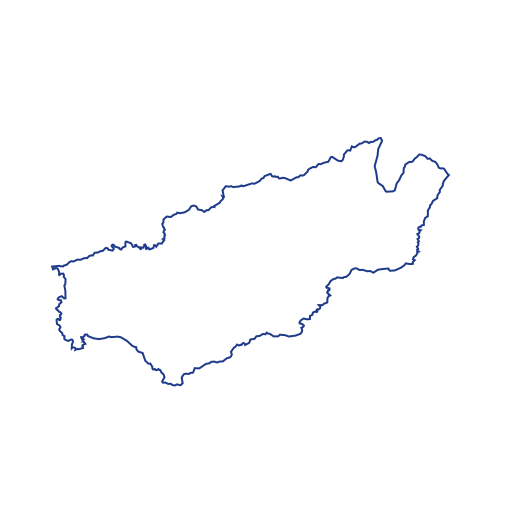 the district of Santi Suk, Nan, Thailand, rotated 331°
{"feature_id": "78962969B68845226908078", "entity_name": "Santi Suk", "entity_type": "district", "adm_level": 2, "iso_a3": "THA", "parent_name": "Thailand", "parent_adm1": "Nan", "projection": "albers", "projection_center": [100.939, 18.92], "detail": "fine", "context": "isolated", "style": "outline", "palette": "blue", "viewbox_px": 512, "rotation_deg": 331, "n_neighbors": 0, "source": "geoboundaries", "source_scale": "gbopen_adm2", "svg_char_len": 6065}
<svg xmlns="http://www.w3.org/2000/svg" viewBox="0 0 512 512"><g transform="rotate(331 256 256)"><path d="M369.6,205.8L364.9,208.6L360.4,207.3L357.2,207.1L355.2,205.9L351.3,207.3L349.0,205.8L344.9,205.6L343.3,205.9L342.2,207.1L337.2,208.5L335.6,208.2L334.0,207.0L331.3,207.6L329.5,206.8L323.0,206.8L319.2,202.0L317.8,200.8L314.2,199.7L313.6,199.0L313.6,197.3L311.7,196.4L311.1,195.3L309.8,195.2L308.6,193.7L308.7,191.6L308.2,191.1L302.2,190.3L300.3,191.4L298.5,191.0L295.5,192.2L289.9,192.1L287.5,190.5L279.5,189.0L277.8,188.3L277.6,187.3L275.2,187.1L269.5,184.7L268.2,183.0L266.1,182.3L263.3,180.3L258.5,182.5L256.6,188.5L255.6,187.4L255.6,189.1L254.6,190.1L251.3,191.0L250.1,191.9L244.1,192.0L243.6,192.8L243.2,192.1L242.4,192.4L240.5,191.7L236.6,192.9L235.0,192.0L232.2,192.4L230.9,189.7L227.7,187.1L227.9,184.4L227.2,182.9L225.7,181.6L223.6,181.1L219.5,183.1L214.8,183.2L210.4,181.8L208.2,179.9L206.7,180.6L204.2,180.1L200.4,180.6L197.0,178.2L192.8,179.2L191.3,181.7L189.5,182.6L188.9,186.1L189.3,186.7L188.9,187.7L189.1,188.8L187.6,189.3L186.5,190.6L186.9,191.9L186.7,193.5L185.9,193.6L184.7,195.9L183.1,196.0L183.8,196.7L183.3,197.9L182.4,197.9L179.7,199.5L176.7,197.7L173.3,199.5L173.1,197.9L172.1,197.1L170.2,199.2L166.3,198.7L165.7,198.1L166.0,196.6L165.1,196.3L163.6,196.8L163.2,196.1L164.6,194.3L164.6,192.1L163.7,192.0L162.5,193.5L161.4,194.0L159.3,192.6L159.2,194.0L158.4,194.1L157.8,191.6L156.7,190.0L156.6,188.2L155.8,187.9L155.8,188.8L154.9,189.1L152.9,188.5L152.9,184.3L149.5,180.4L148.5,180.6L146.4,184.3L143.5,183.9L141.2,185.0L140.2,183.8L140.3,182.7L137.1,179.2L136.9,177.1L136.1,176.6L135.1,176.7L134.5,177.6L135.2,179.9L135.0,180.9L133.1,181.7L129.9,178.9L130.1,177.6L128.7,176.1L124.2,177.2L122.4,176.4L119.3,176.3L116.4,174.9L113.5,176.5L112.4,175.6L109.7,175.2L107.3,176.0L104.7,174.6L100.9,174.3L98.0,172.6L93.6,172.3L92.0,171.0L90.1,170.9L86.1,171.9L83.3,171.2L82.5,171.7L80.1,170.3L79.3,169.3L72.6,166.4L72.0,169.3L74.1,169.3L76.1,170.3L76.5,171.1L75.9,175.3L74.8,176.5L74.7,177.3L76.7,177.0L78.8,177.9L78.9,179.4L77.8,180.8L78.2,184.0L75.5,188.2L74.0,189.0L72.3,194.2L68.9,200.6L67.7,200.2L66.6,196.9L63.3,196.6L61.6,197.5L62.2,199.1L64.0,200.2L63.5,202.1L60.4,202.8L59.4,204.4L55.7,204.8L55.7,206.3L56.4,207.0L56.5,209.0L57.5,210.1L57.9,211.9L57.2,212.6L55.9,212.6L55.1,214.0L55.3,215.4L53.8,216.9L52.9,216.8L52.8,215.4L52.1,214.9L50.8,215.0L50.1,216.1L49.0,219.1L50.4,221.4L50.6,222.9L50.3,223.7L48.4,224.6L48.1,225.4L48.3,227.5L49.2,229.1L48.5,231.3L49.7,233.4L48.2,235.2L48.6,236.9L50.8,239.4L53.6,239.3L54.8,240.3L54.3,242.4L52.2,244.0L50.2,247.3L51.4,246.9L53.1,248.4L53.2,249.9L52.6,250.5L54.8,250.6L55.2,251.4L60.0,252.6L60.2,251.4L60.7,251.2L60.5,250.6L61.3,249.8L64.1,250.1L63.8,247.2L62.9,246.8L63.6,246.2L63.5,245.0L64.8,245.1L63.5,242.8L63.8,242.2L65.2,243.3L66.4,242.7L67.1,242.9L68.2,241.8L70.3,242.9L70.3,244.7L74.0,249.2L78.3,252.5L83.4,254.4L88.5,255.2L90.1,256.8L96.0,259.5L98.3,261.4L102.0,267.7L104.2,274.4L105.9,276.9L107.0,277.6L106.2,279.7L106.6,282.4L109.8,285.9L108.4,293.9L109.7,298.0L111.4,298.9L111.6,302.6L110.9,303.9L110.9,305.2L112.8,305.9L112.8,306.9L113.8,307.7L115.9,307.6L116.2,308.8L117.0,309.4L116.8,312.1L117.7,314.4L117.2,317.7L113.1,320.2L113.0,321.5L115.4,322.8L117.2,325.3L119.6,326.5L120.2,328.2L121.4,329.3L122.7,330.0L124.5,329.9L127.3,332.4L130.1,331.8L132.1,326.3L135.3,324.5L137.2,324.7L140.2,326.7L142.1,326.4L143.9,327.4L144.8,327.2L148.0,324.4L151.9,326.8L159.8,326.1L163.5,327.3L165.4,326.8L168.4,328.2L170.4,330.3L172.7,330.6L175.9,332.1L180.9,331.3L184.1,332.0L185.4,331.7L187.2,330.3L187.6,327.7L192.1,325.5L194.3,325.3L196.5,324.3L197.8,326.1L199.4,326.1L200.1,326.8L202.6,325.8L203.7,327.2L203.4,328.6L208.1,328.6L210.5,326.3L214.6,327.7L217.4,326.4L220.2,327.6L224.3,327.6L226.4,329.1L228.1,328.2L228.9,329.7L230.5,331.0L232.5,334.9L236.5,337.0L238.7,336.4L243.0,339.3L245.8,342.4L252.0,344.8L257.3,345.6L259.7,344.3L260.7,342.6L260.8,340.8L263.2,340.8L264.2,339.9L263.3,337.7L261.5,336.1L262.0,335.0L264.4,333.9L267.4,333.8L269.9,336.1L272.6,337.3L274.1,334.7L277.0,334.7L278.3,333.0L280.9,333.4L282.1,334.5L282.7,334.1L282.1,333.2L282.9,332.5L283.8,332.3L284.4,333.0L286.5,332.9L287.7,331.5L287.2,329.4L290.3,331.2L292.3,330.7L295.8,331.2L298.3,327.2L300.8,326.3L301.8,326.5L301.5,325.3L300.8,325.0L301.0,323.7L300.5,322.5L302.5,321.0L303.1,321.4L303.3,320.8L304.0,321.0L304.6,320.0L302.3,317.8L302.4,317.0L306.3,315.8L309.1,314.0L313.0,313.7L314.5,314.4L316.5,314.0L321.3,317.4L322.7,317.1L325.0,318.0L329.4,316.9L332.8,314.5L336.1,314.6L338.0,315.6L339.8,318.5L342.6,319.8L345.9,323.3L348.5,324.4L350.6,327.5L355.5,327.1L357.8,327.7L365.7,331.1L365.7,333.2L366.1,333.9L370.3,335.9L377.0,336.5L381.3,336.0L383.4,335.1L387.0,337.9L389.4,338.9L390.1,337.4L392.8,336.6L391.7,335.0L393.2,333.5L396.3,333.1L398.6,331.6L398.9,330.7L400.4,331.0L399.8,329.9L399.9,328.6L401.3,328.5L401.2,325.8L402.8,325.5L404.2,323.8L404.1,322.5L405.6,322.1L405.5,319.5L407.1,319.4L408.3,318.0L407.7,315.1L410.2,315.0L410.9,313.7L412.5,313.3L410.9,312.0L411.3,310.4L412.8,309.7L414.1,310.4L415.6,309.5L417.8,310.3L419.6,307.1L422.3,304.8L425.6,304.5L428.4,299.5L431.8,297.6L432.8,296.1L434.3,295.8L437.6,293.6L442.5,293.3L444.2,290.9L447.9,289.1L448.6,287.4L453.7,284.9L454.2,283.6L457.0,281.3L463.9,278.7L463.2,276.5L462.9,271.5L462.4,270.3L459.8,268.8L458.7,267.4L459.0,263.8L458.5,260.7L456.2,258.1L455.3,254.9L453.3,254.3L452.4,250.6L449.5,247.3L447.8,246.4L444.3,247.6L442.3,247.7L439.0,249.2L437.7,249.2L435.6,248.0L430.7,248.5L429.8,249.9L427.9,250.8L425.3,254.8L422.3,255.9L417.9,259.1L414.3,260.7L409.2,265.9L407.0,265.8L401.2,263.0L400.8,262.1L400.8,256.3L398.4,251.6L398.3,250.0L401.7,241.0L403.3,235.0L411.0,227.1L414.7,221.8L422.2,216.3L422.3,213.3L420.0,212.5L418.2,213.1L416.7,212.7L413.9,212.9L411.1,211.7L409.7,212.1L408.3,209.8L406.5,208.6L402.8,208.8L401.1,208.0L395.6,208.8L393.9,208.1L393.0,206.6L389.5,209.5L388.0,208.2L387.0,208.0L382.0,209.9L381.3,211.4L378.5,214.0L376.5,214.5L373.8,212.2L370.7,206.3L369.6,205.8Z" fill="none" stroke="#1e3a8a" stroke-width="2"/></g></svg>